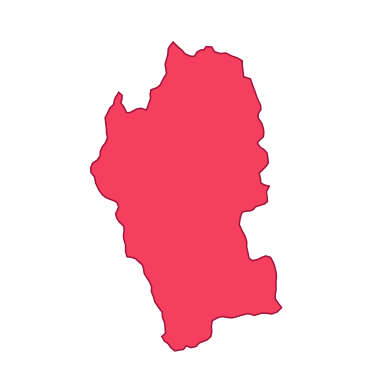 Guaxupé, Minas Gerais, Brazil (Natural Earth projection), rotated 163°
{"feature_id": "56859067B29023872604938", "entity_name": "Guaxupé", "entity_type": "district", "adm_level": 2, "iso_a3": "BRA", "parent_name": "Brazil", "parent_adm1": "Minas Gerais", "projection": "natural_earth1", "projection_center": [-46.685, -21.291], "detail": "fine", "context": "isolated", "style": "filled", "palette": "rose", "viewbox_px": 384, "rotation_deg": 163, "n_neighbors": 0, "source": "geoboundaries", "source_scale": "gbopen_adm2", "svg_char_len": 2425}
<svg xmlns="http://www.w3.org/2000/svg" viewBox="0 0 384 384"><g transform="rotate(163 192 192)"><path d="M103.1,283.2L108.9,287.1L106.8,298.9L105.6,302.7L109.7,307.2L114.3,310.5L119.0,315.0L124.7,316.2L129.5,319.7L130.7,324.9L136.1,326.9L138.9,324.4L142.3,325.3L146.3,324.4L150.0,321.0L153.9,322.4L158.2,326.1L160.1,330.4L162.9,334.7L166.2,340.9L170.5,338.2L172.9,335.7L175.1,330.2L180.3,322.2L181.8,312.6L186.3,308.7L191.2,303.6L194.6,302.1L201.4,301.7L203.4,297.8L204.2,293.7L207.5,289.2L211.5,283.8L216.5,287.1L220.9,287.5L227.9,286.1L231.4,287.1L232.2,293.0L234.0,298.0L232.0,301.0L230.5,304.8L232.9,308.8L238.4,304.0L241.5,298.6L246.3,296.1L249.6,292.2L253.3,288.6L254.3,283.2L255.3,277.7L256.5,273.4L256.9,268.7L260.3,264.4L264.4,261.5L267.7,257.8L269.4,253.3L273.4,250.2L278.8,248.6L281.8,244.7L282.9,240.2L280.8,234.9L281.5,228.5L280.5,221.4L278.6,215.8L276.2,212.1L273.6,209.8L270.0,207.1L266.9,204.1L266.4,199.5L268.7,196.5L271.5,193.4L271.5,188.9L270.3,184.6L267.2,179.1L268.4,174.4L270.3,170.5L271.0,166.4L271.0,160.8L272.9,154.5L273.1,149.1L269.2,147.3L265.5,144.8L263.1,140.5L260.7,136.7L260.8,132.8L261.5,128.0L260.3,123.5L258.7,117.8L258.4,113.0L260.0,108.5L259.5,103.4L259.6,97.7L257.6,91.1L255.7,85.9L256.9,80.8L256.5,74.8L257.5,69.6L258.7,64.6L263.1,62.6L262.0,57.7L259.3,54.1L257.7,49.5L254.8,45.0L250.3,44.6L246.2,43.9L242.4,46.6L238.6,43.5L233.3,43.1L229.1,45.6L224.8,45.8L220.7,46.2L216.3,48.2L213.8,52.9L212.9,57.5L210.3,63.0L205.8,63.9L202.3,64.4L198.9,63.8L194.8,61.7L190.8,60.0L186.5,59.7L181.8,59.7L178.3,59.6L175.1,59.5L172.0,58.3L168.6,55.8L164.9,55.8L161.0,55.8L156.5,54.4L151.4,52.0L145.4,52.4L140.1,55.3L142.1,60.5L143.5,65.2L142.5,69.6L140.5,73.1L139.0,78.0L137.8,82.3L136.1,85.9L135.1,90.5L134.7,97.4L135.0,102.0L136.2,106.7L140.1,109.3L144.2,109.1L149.0,108.3L154.4,108.7L156.8,112.2L156.3,117.1L155.8,123.5L154.2,128.4L154.2,134.4L155.6,141.3L156.3,147.1L154.0,152.0L152.1,155.3L149.7,158.0L145.6,157.9L142.1,157.0L138.5,157.3L135.6,159.2L131.3,159.4L125.9,159.4L122.6,161.0L121.6,165.4L120.8,170.5L116.4,174.9L121.0,177.8L123.5,180.7L122.7,184.4L122.2,190.4L117.6,192.8L113.3,195.1L110.6,197.5L109.5,202.4L108.9,207.5L110.7,211.5L113.8,215.0L115.2,219.9L111.2,222.3L107.6,223.9L105.9,227.9L105.2,231.7L105.2,237.1L107.1,243.6L105.4,248.0L101.9,250.8L101.1,255.3L101.9,260.1L102.3,265.0L102.4,269.3L102.8,275.3L103.1,283.2Z" fill="#f43f5e" stroke="#9f1239" stroke-width="1.5"/></g></svg>